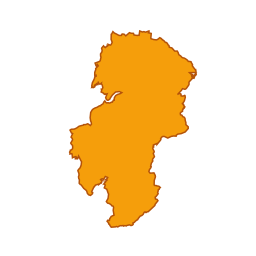 the district of Bobalna, Cluj, Romania, rotated 297°
{"feature_id": "2599482B95685423032736", "entity_name": "Bobalna", "entity_type": "district", "adm_level": 2, "iso_a3": "ROU", "parent_name": "Romania", "parent_adm1": "Cluj", "projection": "robinson", "projection_center": [23.661, 47.132], "detail": "fine", "context": "isolated", "style": "filled", "palette": "amber", "viewbox_px": 256, "rotation_deg": 297, "n_neighbors": 0, "source": "geoboundaries", "source_scale": "gbopen_adm2", "svg_char_len": 5796}
<svg xmlns="http://www.w3.org/2000/svg" viewBox="0 0 256 256"><g transform="rotate(297 128 128)"><path d="M89.6,183.8L90.1,182.4L89.9,181.1L89.5,180.1L89.5,179.1L88.9,178.0L89.2,177.1L93.2,175.2L97.0,174.6L98.2,173.7L99.8,171.5L97.8,168.3L98.6,166.4L100.5,166.0L103.1,166.4L104.2,166.1L104.1,165.6L104.4,165.5L107.2,164.8L109.9,165.1L110.0,164.7L110.4,164.4L111.7,164.1L114.4,164.6L116.9,162.0L118.3,162.2L119.1,161.9L120.8,159.5L122.2,159.0L122.7,159.5L123.0,159.3L122.9,158.8L123.4,158.6L124.1,158.8L124.5,158.4L127.4,160.9L126.6,161.3L132.0,162.5L132.9,162.4L133.4,161.9L135.7,162.4L136.4,163.0L137.0,164.4L137.1,168.0L140.2,170.4L141.6,172.3L142.6,174.6L143.5,174.3L145.2,175.2L147.1,177.9L150.5,180.8L154.9,181.9L156.4,181.1L157.3,178.0L159.0,177.2L160.8,175.5L162.2,174.6L163.1,173.4L163.0,171.6L163.9,170.2L163.6,168.8L164.6,168.0L165.2,167.8L166.2,168.1L167.6,169.0L168.4,168.5L169.2,168.6L169.4,168.3L171.3,168.5L171.4,169.0L172.4,168.8L171.7,169.0L172.1,169.1L172.7,169.0L172.7,168.5L173.2,167.5L173.4,167.6L173.3,168.1L173.7,167.3L174.2,166.8L174.2,165.7L174.6,165.3L175.1,165.7L177.9,165.9L181.4,165.1L182.8,164.0L182.8,163.7L182.1,163.3L181.0,161.8L180.8,160.6L182.2,159.9L182.3,159.4L182.1,158.1L180.9,157.2L181.0,157.1L185.7,158.5L187.8,158.7L188.3,161.0L188.8,161.6L189.7,162.0L193.6,162.6L194.8,162.5L196.3,161.6L197.1,161.6L201.2,162.8L202.2,163.6L202.3,164.2L204.8,163.9L205.7,164.4L206.9,164.4L207.2,164.0L206.8,163.5L205.9,163.3L203.0,163.7L201.8,162.4L202.5,162.4L202.9,161.4L203.5,161.1L203.7,161.8L204.0,161.6L204.2,162.1L204.8,161.8L204.8,160.6L204.4,160.1L204.7,159.9L204.8,159.4L205.2,159.1L205.0,158.1L205.2,157.6L207.7,162.2L207.7,163.6L208.1,163.7L208.2,163.1L209.3,162.9L210.7,161.8L210.4,161.5L212.6,157.1L213.8,156.7L215.1,154.6L215.6,154.2L215.4,152.9L214.7,151.5L215.4,150.2L215.8,147.8L215.8,146.0L215.5,145.4L215.4,144.0L216.1,142.3L216.4,140.0L218.0,138.4L218.9,136.9L217.8,134.9L218.0,133.7L218.7,132.7L218.6,132.1L219.3,130.8L218.7,128.2L220.1,127.0L220.3,125.9L221.3,124.6L221.6,123.4L221.3,122.8L221.5,121.6L222.1,120.4L222.2,118.9L222.4,118.7L222.2,118.4L222.9,117.0L222.7,116.4L222.9,116.1L222.9,115.3L220.4,114.2L219.4,113.3L218.5,110.8L218.0,108.0L218.3,107.6L222.8,105.8L222.1,103.0L223.2,103.1L224.0,102.6L221.3,100.1L221.1,98.4L220.1,97.3L219.8,94.4L215.6,95.8L215.1,94.7L214.7,94.4L213.6,91.2L214.8,89.9L213.8,87.7L213.6,86.0L209.1,84.2L209.8,82.0L209.3,80.5L208.9,80.0L207.5,80.1L206.4,78.0L206.5,73.8L206.3,73.1L207.0,70.8L204.4,70.8L203.9,70.5L199.3,72.7L197.2,75.0L194.6,75.1L193.8,74.6L193.6,73.0L193.4,73.4L192.6,72.1L192.4,72.4L191.8,72.6L191.2,72.2L191.2,71.9L190.1,71.6L189.8,71.0L189.4,71.1L189.4,70.3L190.1,68.9L187.6,68.3L187.0,68.3L185.5,69.7L183.9,70.2L181.5,69.9L179.5,71.0L179.2,71.5L178.7,71.8L175.3,72.7L174.2,72.2L170.9,69.2L169.3,70.9L170.2,71.2L169.1,71.2L168.9,71.6L170.7,71.9L169.9,73.3L166.3,72.2L165.7,72.7L162.5,73.1L160.1,74.3L159.8,74.5L160.6,75.5L159.8,76.1L158.5,75.2L156.5,75.7L152.2,75.7L149.0,76.6L148.7,77.0L147.9,77.2L148.5,77.6L148.4,78.2L148.1,78.3L148.3,78.8L148.8,78.8L149.3,79.6L150.2,79.6L150.6,79.0L150.9,79.2L151.1,78.9L151.7,79.2L151.6,79.9L151.9,80.2L152.3,80.3L152.8,79.8L153.2,79.9L152.7,80.9L153.0,81.5L153.6,81.4L153.8,81.0L154.2,81.2L155.1,80.6L155.3,80.8L154.3,81.6L154.3,83.2L155.8,83.9L155.4,84.0L154.6,85.5L152.5,87.3L150.5,87.2L150.4,86.7L149.3,87.5L147.9,87.7L147.9,90.4L147.3,91.6L148.0,92.2L147.8,92.6L149.0,93.9L144.9,94.3L143.7,95.7L143.4,96.9L143.7,97.7L145.5,98.7L146.4,98.6L150.2,99.1L154.4,100.6L156.5,103.7L156.7,106.4L155.1,105.5L153.2,103.5L151.3,102.3L148.7,102.1L146.5,103.1L146.2,102.4L144.0,102.3L143.9,101.9L142.1,100.5L141.6,99.7L141.5,98.8L140.6,97.6L140.8,96.5L141.6,95.0L140.6,94.7L138.0,94.7L136.4,93.6L135.4,93.5L134.7,92.4L132.5,91.1L130.7,89.4L129.0,88.3L127.9,87.9L124.9,87.7L120.0,89.6L117.3,91.5L116.5,92.6L114.8,93.7L113.1,93.3L113.5,90.9L113.4,90.1L111.8,88.7L110.9,87.0L110.4,87.0L107.4,83.6L104.6,82.2L102.6,80.6L101.1,78.0L99.8,77.3L97.9,79.9L97.9,81.2L94.0,81.4L93.4,83.0L92.3,84.0L88.6,83.8L88.0,84.6L87.3,86.4L85.9,87.4L84.3,88.0L83.0,87.6L82.0,86.7L81.6,87.0L80.0,86.9L79.3,87.8L78.5,88.0L79.6,89.6L78.8,90.4L76.3,92.0L77.1,92.4L77.3,93.3L78.0,93.5L78.9,94.6L78.3,95.8L77.3,95.1L76.7,95.1L76.8,95.4L77.4,95.9L77.3,96.3L77.6,97.0L78.2,97.1L80.6,96.7L77.4,101.0L76.9,101.9L73.7,103.1L70.9,103.4L68.4,102.7L67.2,102.7L65.1,105.0L63.6,105.8L62.1,106.0L60.7,107.0L59.8,108.2L56.6,109.6L56.0,111.1L56.1,112.0L54.1,116.0L53.5,119.0L52.9,120.0L51.3,121.5L50.6,123.3L50.9,125.2L53.3,126.2L54.5,125.8L54.5,124.7L55.1,124.5L60.1,124.4L60.3,124.7L62.3,124.9L64.6,127.3L64.2,127.6L66.1,128.5L66.6,128.5L66.8,128.7L66.5,128.8L66.9,129.3L69.5,128.8L69.3,128.1L69.8,127.9L69.5,127.4L69.7,127.0L70.4,127.5L70.2,127.7L71.2,128.4L71.4,129.5L71.1,129.8L72.0,129.6L74.5,129.8L74.7,132.4L73.0,132.4L72.8,131.9L72.0,131.6L71.9,132.9L71.4,132.8L71.2,132.3L70.3,132.4L70.0,131.9L69.3,132.5L68.5,132.0L67.3,131.9L67.6,132.2L66.8,133.3L66.8,133.7L63.9,134.0L63.8,136.9L61.0,139.8L60.3,140.7L56.2,142.2L52.6,142.1L51.8,143.9L52.2,145.6L51.9,147.9L51.3,148.9L51.6,150.2L51.4,150.8L51.4,150.5L50.7,151.2L47.9,152.2L44.0,155.1L41.6,153.2L38.8,152.9L37.2,153.4L36.6,151.8L35.4,151.7L34.7,153.6L33.7,154.4L33.8,155.2L32.9,156.2L32.0,158.1L34.2,161.7L35.1,162.6L35.2,163.8L37.0,165.0L37.8,166.0L38.1,167.0L38.9,167.8L38.6,168.6L39.7,169.6L39.9,170.9L40.5,171.1L42.4,173.3L42.4,174.9L43.3,175.9L44.2,176.3L44.7,176.3L45.5,175.5L46.8,176.5L48.4,176.9L50.2,177.8L50.5,178.2L52.4,178.3L55.1,178.9L56.2,180.0L57.9,180.7L60.1,180.7L61.0,181.3L60.8,182.4L62.2,183.3L62.6,184.0L71.1,187.1L72.3,186.8L76.8,187.7L77.6,186.3L77.2,184.7L78.7,183.6L79.7,184.1L83.1,184.7L84.2,183.6L85.5,183.5L86.6,183.0L87.6,183.6L88.8,183.4L89.6,183.8Z" fill="#f59e0b" stroke="#b45309" stroke-width="1.5"/></g></svg>